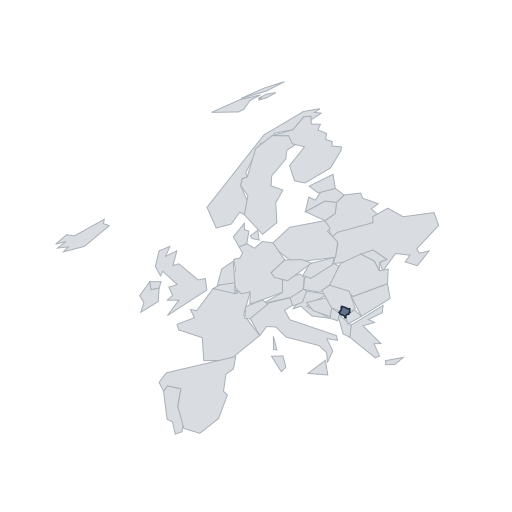 Europe, with Kosovo highlighted, rotated 338°
{"feature_id": "XKX", "entity_name": "Kosovo", "entity_type": "country or territory", "adm_level": 0, "iso_a3": "XKX", "parent_name": "Europe", "parent_adm1": "", "projection": "equal_earth", "projection_center": [20.84, 42.557], "detail": "fine", "context": "in_parent", "style": "filled", "palette": "slate", "viewbox_px": 512, "rotation_deg": 338, "n_neighbors": 37, "source": "natural_earth", "source_scale": "50m", "svg_char_len": 8335}
<svg xmlns="http://www.w3.org/2000/svg" viewBox="0 0 512 512"><g transform="rotate(338 256 256)"><path d="M268.6,106.2L299.2,105.0L320.5,108.3L308.6,109.6L299.4,115.6L293.6,115.8L268.6,106.2ZM370.0,148.0L357.3,150.6L359.2,146.9L352.4,144.9L337.4,152.8L319.3,149.0L312.2,154.1L302.4,153.3L277.7,174.9L277.5,179.4L272.1,179.3L268.1,185.1L268.6,204.8L260.7,213.4L257.2,209.2L245.1,217.1L229.6,215.2L228.8,192.5L308.7,146.7L354.2,139.8L370.5,143.4L364.0,144.8L370.0,148.0ZM347.7,105.0L327.4,107.0L301.0,104.3L326.8,103.4L347.7,105.0ZM335.6,111.9L325.0,113.3L316.6,112.5L319.9,111.7L317.0,110.6L326.8,109.9L335.6,111.9Z" fill="#d9dde1" stroke="#a8b0b8" stroke-width="1"/><path d="M204.1,270.2L237.2,287.1L222.6,305.7L229.6,331.1L191.8,342.7L168.4,333.4L175.6,311.6L156.8,295.7L157.1,289.8L175.8,290.1L175.1,281.0L180.5,284.5L204.1,270.2ZM237.2,349.2L242.0,337.0L240.2,351.0L237.2,349.2Z" fill="#d9dde1" stroke="#a8b0b8" stroke-width="1"/><path d="M260.7,213.4L271.1,197.0L268.1,185.1L272.1,179.3L277.5,179.4L295.9,156.3L316.2,150.4L331.3,156.7L333.5,167.7L324.4,169.3L320.0,177.2L300.6,187.5L296.3,196.6L305.5,205.0L294.1,214.3L287.9,232.9L270.2,238.3L260.7,213.4Z" fill="#d9dde1" stroke="#a8b0b8" stroke-width="1"/><path d="M360.5,232.4L376.7,236.9L376.4,242.3L388.9,253.3L380.7,255.4L384.1,262.8L377.0,268.9L333.7,266.9L333.1,249.0L345.4,246.3L350.7,236.4L360.5,232.4Z" fill="#d9dde1" stroke="#a8b0b8" stroke-width="1"/><path d="M408.5,314.6L418.3,316.1L401.9,325.5L392.1,317.3L399.1,313.0L386.4,305.9L367.8,317.5L368.5,308.1L376.0,308.2L366.7,294.3L342.7,297.4L325.0,291.9L336.3,275.9L333.7,266.9L339.9,264.5L377.0,268.9L378.9,263.3L396.0,261.0L407.1,274.7L437.3,282.4L436.8,296.1L407.7,309.5L408.5,314.6Z" fill="#d9dde1" stroke="#a8b0b8" stroke-width="1"/><path d="M333.1,249.0L335.2,258.3L331.6,259.9L336.9,273.7L329.3,287.0L288.2,275.9L276.1,256.1L276.6,250.2L297.9,242.0L333.1,249.0Z" fill="#d9dde1" stroke="#a8b0b8" stroke-width="1"/><path d="M292.8,294.3L286.3,306.1L277.4,308.2L244.8,302.6L266.9,299.6L271.6,288.2L289.9,289.0L292.8,294.3Z" fill="#d9dde1" stroke="#a8b0b8" stroke-width="1"/><path d="M325.0,291.9L329.0,296.3L318.3,309.1L301.8,313.7L287.6,304.7L292.8,294.3L325.0,291.9Z" fill="#d9dde1" stroke="#a8b0b8" stroke-width="1"/><path d="M353.7,293.5L366.7,294.3L376.0,308.2L368.5,308.1L364.8,316.0L363.7,305.0L353.7,293.5Z" fill="#d9dde1" stroke="#a8b0b8" stroke-width="1"/><path d="M364.8,316.0L373.7,317.6L367.6,331.0L330.9,330.0L313.2,310.7L331.7,294.5L353.7,293.5L363.7,305.0L364.8,316.0Z" fill="#d9dde1" stroke="#a8b0b8" stroke-width="1"/><path d="M350.7,236.4L345.4,246.3L333.1,249.0L318.4,233.4L340.8,230.9L350.7,236.4Z" fill="#d9dde1" stroke="#a8b0b8" stroke-width="1"/><path d="M354.8,223.0L360.5,232.4L350.7,236.4L340.8,230.9L318.4,233.4L327.0,221.1L331.7,226.4L342.3,219.5L354.8,223.0Z" fill="#d9dde1" stroke="#a8b0b8" stroke-width="1"/><path d="M358.0,209.1L354.8,223.0L337.3,220.8L331.5,211.1L358.0,209.1Z" fill="#d9dde1" stroke="#a8b0b8" stroke-width="1"/><path d="M276.6,250.2L281.2,270.5L263.7,277.2L271.6,288.2L266.9,299.6L232.3,298.4L237.2,287.1L228.3,285.6L225.1,278.2L226.1,264.8L231.6,261.8L234.2,250.7L240.3,251.9L244.7,248.2L243.7,241.2L252.0,241.1L257.6,248.3L267.3,244.9L276.6,250.2Z" fill="#d9dde1" stroke="#a8b0b8" stroke-width="1"/><path d="M329.0,326.5L330.9,330.0L367.6,331.0L364.4,345.6L331.2,351.4L329.0,326.5Z" fill="#d9dde1" stroke="#a8b0b8" stroke-width="1"/><path d="M354.6,405.2L343.9,408.6L335.6,405.3L336.8,401.5L354.6,405.2ZM318.4,355.7L355.3,349.4L351.9,355.8L336.3,357.0L341.0,362.0L329.1,360.8L338.9,383.9L332.6,381.5L333.0,395.0L328.4,395.1L312.5,366.4L318.4,355.7Z" fill="#d9dde1" stroke="#a8b0b8" stroke-width="1"/><path d="M318.4,355.7L312.5,366.4L307.6,360.9L309.9,339.7L318.4,355.7Z" fill="#d9dde1" stroke="#a8b0b8" stroke-width="1"/><path d="M289.8,307.6L307.8,318.1L284.2,321.6L301.4,341.5L285.6,332.7L278.8,319.4L270.7,318.9L289.8,307.6Z" fill="#d9dde1" stroke="#a8b0b8" stroke-width="1"/><path d="M245.7,299.2L250.1,307.7L229.9,313.6L222.2,309.5L227.6,299.0L245.7,299.2Z" fill="#d9dde1" stroke="#a8b0b8" stroke-width="1"/><path d="M223.5,278.5L225.5,283.5L222.3,283.0L223.5,278.5Z" fill="#d9dde1" stroke="#a8b0b8" stroke-width="1"/><path d="M226.3,272.9L222.3,283.0L204.1,270.2L219.5,267.7L226.3,272.9Z" fill="#d9dde1" stroke="#a8b0b8" stroke-width="1"/><path d="M232.9,252.3L226.3,272.9L209.2,268.7L219.3,255.2L232.9,252.3Z" fill="#d9dde1" stroke="#a8b0b8" stroke-width="1"/><path d="M119.6,346.7L125.3,343.2L136.6,351.0L127.1,366.3L128.5,380.1L121.5,391.2L114.4,390.9L116.4,378.4L112.4,374.2L119.6,346.7Z" fill="#d9dde1" stroke="#a8b0b8" stroke-width="1"/><path d="M124.5,388.9L127.1,366.3L136.6,351.0L125.3,343.2L119.6,346.7L118.8,336.8L129.0,330.7L199.6,341.6L192.7,352.3L184.0,354.2L175.2,369.2L177.4,374.2L160.3,392.7L137.5,399.3L124.5,388.9Z" fill="#d9dde1" stroke="#a8b0b8" stroke-width="1"/><path d="M154.2,249.4L148.3,261.6L128.1,265.0L134.7,257.0L133.2,249.3L147.9,240.0L146.2,247.9L154.2,249.4Z" fill="#d9dde1" stroke="#a8b0b8" stroke-width="1"/><path d="M250.8,304.4L272.1,307.5L272.7,315.1L262.2,316.9L263.4,327.7L300.7,359.9L300.1,364.7L290.7,359.2L291.6,372.8L282.2,381.6L285.3,372.2L280.9,362.6L253.6,342.6L247.8,329.2L239.5,325.4L229.6,331.1L227.2,311.8L250.8,304.4ZM260.1,384.3L281.2,378.7L278.0,393.2L260.1,384.3ZM232.8,354.8L243.6,358.7L242.0,370.3L236.1,372.7L232.8,354.8Z" fill="#d9dde1" stroke="#a8b0b8" stroke-width="1"/><path d="M252.0,241.1L243.7,241.2L242.2,229.7L257.5,221.2L255.1,227.2L258.7,230.3L252.0,241.1ZM267.2,232.8L264.9,242.4L258.9,238.3L258.3,235.2L267.2,232.8Z" fill="#d9dde1" stroke="#a8b0b8" stroke-width="1"/><path d="M154.2,249.4L146.2,247.9L147.9,240.0L158.4,244.2L154.2,249.4ZM172.3,252.9L163.8,235.2L160.0,238.7L158.8,228.0L168.1,214.9L179.7,214.9L172.0,222.5L184.5,221.6L175.5,233.8L181.5,234.3L193.4,256.5L200.6,257.9L197.7,269.1L151.6,278.0L167.9,268.1L157.2,263.7L164.0,261.3L163.5,252.2L172.3,252.9Z" fill="#d9dde1" stroke="#a8b0b8" stroke-width="1"/><path d="M129.1,165.1L126.6,168.8L131.3,172.9L100.4,182.8L79.0,180.0L85.4,177.2L74.9,174.3L85.4,171.4L74.7,170.0L88.4,165.3L95.1,169.3L129.1,165.1Z" fill="#d9dde1" stroke="#a8b0b8" stroke-width="1"/><path d="M272.1,307.5L287.6,304.7L289.8,307.6L281.6,316.3L271.2,315.9L272.1,307.5Z" fill="#d9dde1" stroke="#a8b0b8" stroke-width="1"/><path d="M359.2,146.9L356.8,154.4L365.1,158.0L360.6,162.3L367.4,168.8L364.2,173.9L369.5,178.5L367.6,182.5L376.1,186.8L374.4,190.0L358.1,202.2L328.7,206.6L319.9,200.7L321.0,184.8L341.8,173.0L331.7,165.4L331.3,156.7L316.2,150.4L337.4,152.8L352.4,144.9L359.2,146.9Z" fill="#d9dde1" stroke="#a8b0b8" stroke-width="1"/><path d="M327.9,286.5L323.7,292.7L298.3,297.3L292.2,291.5L302.9,283.3L327.9,286.5Z" fill="#d9dde1" stroke="#a8b0b8" stroke-width="1"/><path d="M281.2,270.5L296.8,276.4L304.7,283.3L276.2,290.8L265.2,282.9L263.7,277.2L281.2,270.5Z" fill="#d9dde1" stroke="#a8b0b8" stroke-width="1"/><path d="M302.2,340.0L288.6,328.2L285.6,318.1L307.6,321.2L308.1,332.2L302.2,340.0Z" fill="#d9dde1" stroke="#a8b0b8" stroke-width="1"/><path d="M327.3,342.9L331.2,351.4L315.6,353.6L316.6,345.2L327.3,342.9Z" fill="#d9dde1" stroke="#a8b0b8" stroke-width="1"/><path d="M304.2,312.5L313.2,310.7L329.3,323.6L328.4,341.7L322.0,343.5L317.0,334.7L313.3,338.6L306.6,332.6L304.2,312.5Z" fill="#d9dde1" stroke="#a8b0b8" stroke-width="1"/><path d="M312.1,340.6L307.5,346.7L301.4,341.5L306.6,332.6L312.1,340.6Z" fill="#d9dde1" stroke="#a8b0b8" stroke-width="1"/><path d="M313.9,338.5L314.7,338.3L314.8,338.1L314.7,337.7L314.8,337.4L315.7,336.7L315.9,336.4L316.0,336.2L315.8,335.9L315.7,335.5L315.7,335.3L316.2,335.1L316.7,334.8L316.9,334.8L317.1,335.0L317.2,335.6L317.5,335.7L318.0,336.0L318.6,336.3L319.0,336.7L319.7,337.4L319.8,337.8L320.3,338.1L320.9,338.5L320.8,339.2L322.6,339.8L323.0,339.8L323.2,340.0L323.0,340.5L322.3,342.0L322.2,342.3L321.7,342.6L321.6,342.8L321.8,343.2L321.9,343.5L320.8,343.7L320.4,344.0L320.2,344.5L320.1,344.8L319.9,344.8L319.6,344.5L319.2,344.1L318.6,344.2L316.8,345.0L316.6,345.5L316.5,346.5L316.4,346.7L316.2,346.9L315.4,346.8L315.4,346.7L315.5,346.4L315.4,345.5L315.1,344.2L314.8,343.7L314.3,343.3L313.9,343.0L313.2,342.7L312.9,342.0L312.3,341.1L312.1,340.9L312.2,340.2L312.1,339.7L311.8,339.3L312.0,339.1L312.5,339.1L312.9,339.1L313.1,338.8L313.9,338.5Z" fill="#64748b" stroke="#1e293b" stroke-width="1.5"/></g></svg>